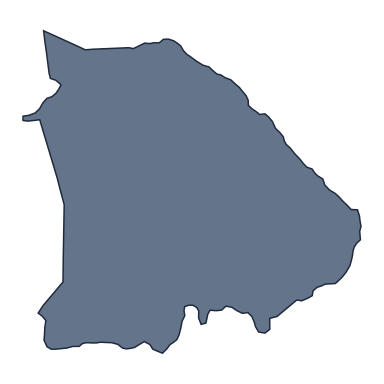 Irajuba, Bahia, Brazil (Albers equal-area conic projection)
{"feature_id": "56859067B96887846897967", "entity_name": "Irajuba", "entity_type": "district", "adm_level": 2, "iso_a3": "BRA", "parent_name": "Brazil", "parent_adm1": "Bahia", "projection": "albers", "projection_center": [-40.04, -13.225], "detail": "fine", "context": "isolated", "style": "filled", "palette": "slate", "viewbox_px": 384, "rotation_deg": 0, "n_neighbors": 0, "source": "geoboundaries", "source_scale": "gbopen_adm2", "svg_char_len": 2190}
<svg xmlns="http://www.w3.org/2000/svg" viewBox="0 0 384 384"><path d="M322.9,179.1L317.6,175.8L314.8,173.1L312.1,169.0L306.7,167.1L303.1,163.2L299.7,158.9L294.6,153.6L290.1,147.9L286.2,144.4L284.3,140.9L283.3,136.8L280.0,132.7L275.6,128.5L272.4,121.5L268.5,116.8L264.9,113.8L259.7,114.5L256.1,111.6L252.1,108.9L248.4,105.4L248.2,100.3L246.1,95.7L242.9,91.9L239.4,87.5L235.2,83.9L230.8,79.8L225.1,77.7L220.8,74.9L217.0,74.1L212.7,70.5L209.1,67.0L202.8,65.1L196.5,61.2L190.7,56.9L186.7,54.2L183.5,50.7L180.6,45.8L177.2,43.1L173.7,40.8L168.5,39.1L163.5,39.3L159.3,42.8L153.6,42.8L149.7,43.6L144.6,43.1L138.0,46.4L133.3,48.6L129.0,47.7L98.2,49.0L93.4,49.2L85.3,49.8L71.9,43.6L43.6,30.8L44.9,41.7L46.6,53.5L49.1,73.3L50.4,78.4L55.9,80.3L61.0,84.8L58.5,89.6L55.8,93.4L52.0,96.6L46.8,98.4L42.8,103.0L39.6,108.7L35.1,113.0L28.9,115.3L23.0,116.2L23.0,120.5L27.6,121.1L33.7,120.5L39.7,119.7L57.3,178.4L60.1,189.5L61.5,194.6L64.2,204.7L63.3,255.7L63.0,282.0L42.9,305.8L38.2,313.1L42.4,316.3L45.9,320.6L44.8,327.4L44.5,334.5L44.0,340.1L47.1,346.8L51.2,349.2L55.3,349.2L60.3,348.7L66.4,348.1L72.9,346.4L79.2,346.4L82.4,343.6L86.2,342.7L91.5,342.9L96.5,342.9L100.6,342.2L106.3,342.5L111.7,342.7L117.9,344.4L122.6,348.1L126.5,348.9L130.9,348.3L134.7,347.4L139.1,344.6L144.3,341.6L150.0,344.6L152.7,349.1L156.8,350.9L162.5,353.2L167.1,348.6L169.8,344.8L173.6,342.2L176.8,339.7L179.0,335.0L180.8,328.1L182.1,321.2L184.8,315.6L184.0,310.7L184.7,306.6L189.1,305.1L193.0,305.3L196.7,307.5L198.7,310.9L198.6,317.8L201.1,324.4L205.9,323.1L207.0,318.0L207.8,314.1L210.1,310.2L216.2,310.7L221.6,310.1L225.9,306.2L231.8,307.2L236.6,310.5L242.3,313.3L247.9,312.6L251.9,316.5L254.2,322.0L255.5,326.6L258.6,332.0L265.0,333.1L269.8,329.3L269.7,318.4L277.0,316.5L296.8,300.0L301.7,300.8L307.8,298.2L312.2,295.7L313.1,290.8L317.1,287.3L321.3,286.0L325.3,284.1L330.6,283.8L335.4,283.5L338.8,280.4L342.1,277.2L346.0,272.3L349.9,265.7L351.4,260.3L352.4,256.0L353.0,251.2L354.1,247.4L356.6,243.3L360.4,239.8L359.7,231.1L361.0,226.5L360.0,220.8L359.5,216.2L357.5,209.8L351.2,209.5L346.8,204.9L343.1,201.4L338.8,196.7L335.3,193.5L329.5,190.0L324.8,185.1L322.9,179.1Z" fill="#64748b" stroke="#1e293b" stroke-width="1.5"/></svg>